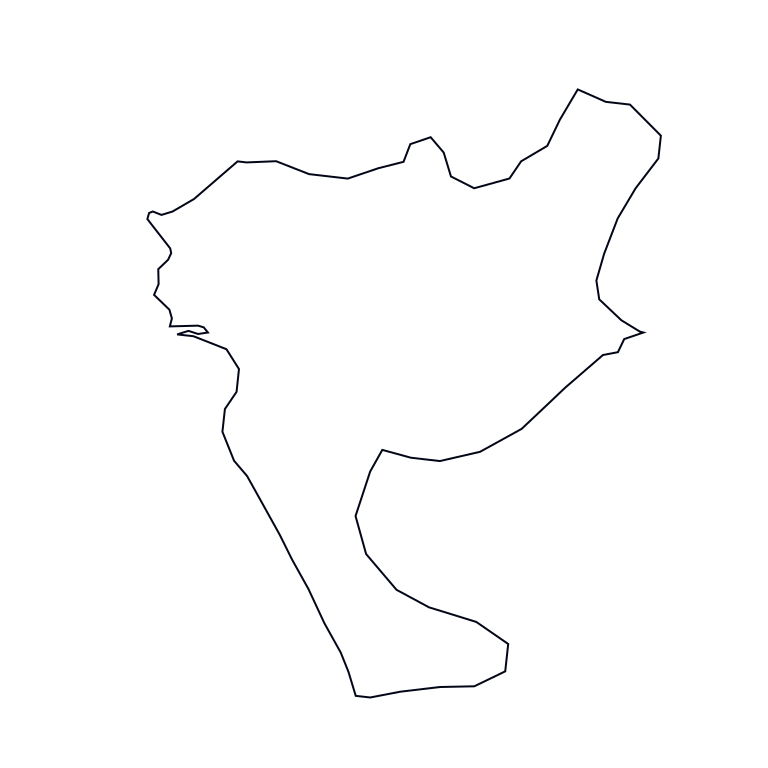 Anbyon, Kangwŏn-do, North Korea, rotated 276°
{"feature_id": "82179303B46901799029181", "entity_name": "Anbyon", "entity_type": "district", "adm_level": 2, "iso_a3": "PRK", "parent_name": "North Korea", "parent_adm1": "Kangwŏn-do", "projection": "mercator", "projection_center": [127.527, 39.017], "detail": "fine", "context": "isolated", "style": "outline", "palette": "ink", "viewbox_px": 768, "rotation_deg": 276, "n_neighbors": 0, "source": "geoboundaries", "source_scale": "gbopen_adm2", "svg_char_len": 1251}
<svg xmlns="http://www.w3.org/2000/svg" viewBox="0 0 768 768"><g transform="rotate(276 384 384)"><path d="M70.9,388.5L70.8,403.1L79.7,432.4L88.5,471.3L92.8,505.4L110.9,534.6L138.4,534.7L157.0,500.7L166.6,452.1L180.6,418.0L213.0,384.0L249.7,369.5L295.5,379.4L318.3,389.2L313.5,418.4L313.2,447.6L326.6,486.6L353.8,525.6L376.5,545.1L399.3,564.6L435.7,598.7L440.1,613.3L453.8,618.2L462.3,636.6L462.9,632.9L472.2,613.4L490.7,589.2L509.1,584.4L536.5,589.3L573.1,599.1L605.0,613.8L637.0,633.3L659.9,633.4L687.6,599.4L687.8,575.1L697.2,545.9L665.3,531.3L637.9,521.5L619.8,497.1L601.5,487.3L588.1,453.2L597.4,428.9L620.4,419.2L634.3,404.6L625.3,385.1L607.0,380.2L598.0,355.8L584.5,326.5L584.7,307.0L584.9,287.5L594.3,253.4L590.0,224.2L590.1,215.1L548.2,175.8L533.4,155.6L528.9,145.0L531.4,136.0L529.5,132.5L523.3,131.4L496.5,157.2L491.9,158.7L485.0,156.3L474.6,147.5L459.7,149.4L448.6,146.0L436.1,162.0L435.5,162.8L427.1,166.2L418.9,165.0L422.6,193.0L421.5,198.8L416.8,203.5L414.3,193.9L416.4,184.0L411.7,173.1L411.6,189.5L402.1,223.7L383.7,238.2L360.8,238.2L342.5,228.4L319.6,228.3L292.0,242.9L278.1,257.5L250.5,276.9L222.8,296.3L199.8,310.9L172.2,330.3L139.9,349.7L112.3,369.1L93.9,378.8L70.9,388.5Z" fill="none" stroke="#020617" stroke-width="2"/></g></svg>